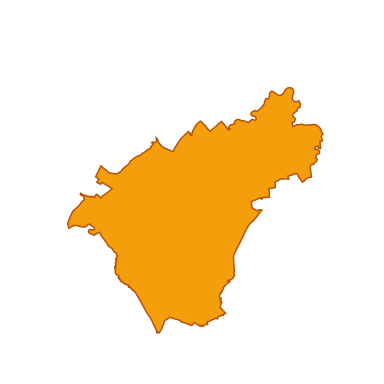 Reghin, Mures, Romania (Albers equal-area conic projection), rotated 210°
{"feature_id": "2599482B84925719631969", "entity_name": "Reghin", "entity_type": "district", "adm_level": 2, "iso_a3": "ROU", "parent_name": "Romania", "parent_adm1": "Mures", "projection": "albers", "projection_center": [24.684, 46.767], "detail": "fine", "context": "isolated", "style": "filled", "palette": "amber", "viewbox_px": 384, "rotation_deg": 210, "n_neighbors": 0, "source": "geoboundaries", "source_scale": "gbopen_adm2", "svg_char_len": 6042}
<svg xmlns="http://www.w3.org/2000/svg" viewBox="0 0 384 384"><g transform="rotate(210 192 192)"><path d="M162.3,325.6L162.2,323.1L162.4,321.9L164.1,319.7L165.5,319.1L167.0,319.0L169.1,319.3L172.2,319.4L173.3,319.1L174.0,318.1L174.1,316.3L172.6,313.0L172.4,312.0L172.5,311.1L173.2,310.3L174.6,310.1L174.5,307.0L173.7,304.9L173.6,303.8L173.6,302.7L173.9,300.9L174.8,297.0L175.7,295.7L176.0,294.4L176.4,294.1L178.6,294.0L180.2,290.7L180.3,290.0L180.0,289.0L178.8,288.1L175.8,288.8L174.3,288.8L172.8,287.0L172.8,286.3L173.0,285.7L173.8,285.4L175.4,285.3L176.2,284.8L177.2,283.1L177.2,281.1L177.9,280.4L179.8,279.9L182.2,279.8L183.8,279.0L184.7,278.1L186.2,278.5L188.2,277.9L189.4,277.0L190.2,275.3L190.2,274.1L190.2,273.7L189.2,272.8L190.8,270.7L192.6,268.8L192.5,265.6L192.3,264.9L190.8,265.7L191.2,264.1L201.8,267.9L206.7,253.5L213.6,255.8L213.8,256.2L214.3,256.4L216.3,256.5L217.2,257.1L220.2,257.6L221.6,253.9L222.1,251.2L221.9,245.9L221.3,243.0L220.5,240.8L221.5,240.4L222.3,240.6L222.7,241.0L222.6,241.9L222.7,242.1L223.1,242.2L223.6,241.8L225.4,242.6L228.2,232.9L228.7,228.5L229.0,221.3L228.4,217.6L237.2,216.3L240.1,216.3L245.2,217.9L248.8,220.7L250.0,220.9L249.3,220.2L248.5,218.9L248.3,216.8L249.0,216.5L249.9,215.7L251.0,215.7L251.3,215.4L251.7,214.7L250.8,214.2L250.1,214.7L249.6,214.0L249.5,213.6L250.4,210.7L249.7,210.1L249.6,209.7L252.0,205.8L252.3,204.4L252.9,203.0L254.3,200.6L254.8,198.1L256.4,196.8L259.2,192.3L259.9,189.9L260.5,188.4L261.0,187.6L260.9,186.7L260.6,186.1L260.8,184.4L261.5,182.9L261.8,182.6L261.8,182.2L263.0,179.0L262.8,178.8L262.8,178.4L263.6,177.2L263.7,174.5L265.6,171.1L266.6,169.9L272.2,167.5L273.5,167.2L283.9,169.1L283.1,157.0L279.2,156.7L279.3,152.8L275.0,153.0L275.0,155.3L266.2,155.1L262.8,154.8L266.4,145.9L267.1,145.1L267.3,144.1L267.8,143.2L267.8,141.9L268.1,141.2L270.8,142.1L273.0,142.5L273.4,142.1L273.6,141.3L274.0,141.1L273.7,138.6L276.7,138.2L276.8,137.7L277.5,137.5L277.4,137.0L284.9,135.1L287.9,135.1L287.8,134.4L286.0,133.7L283.4,134.1L282.4,132.4L281.3,131.9L282.6,128.4L283.1,123.1L285.6,116.1L285.0,108.4L283.9,102.9L283.6,102.4L283.7,102.2L280.5,99.1L279.3,100.5L279.2,102.0L278.7,103.1L278.0,102.9L277.5,103.9L276.2,104.9L269.9,106.8L268.3,107.5L266.5,108.8L266.0,111.3L265.2,112.5L264.3,113.0L263.2,112.5L260.4,112.6L258.0,111.7L257.9,110.9L258.3,110.0L259.3,109.3L261.5,108.7L262.3,107.6L262.2,106.6L261.3,105.3L260.9,105.2L259.0,105.1L256.0,105.8L255.1,105.5L253.7,108.5L251.8,111.0L248.8,108.9L242.2,106.0L239.0,104.4L237.9,103.5L232.4,102.9L230.9,101.9L229.7,101.6L229.1,101.0L228.5,101.3L227.5,101.3L225.4,99.5L224.6,99.5L224.4,99.1L224.7,97.8L224.3,96.6L224.5,96.0L223.5,95.9L224.0,95.4L224.0,95.0L222.8,94.2L222.5,93.5L222.5,93.1L223.0,92.6L222.9,92.1L221.5,91.1L221.4,90.7L221.6,89.9L220.3,89.0L220.3,88.7L221.3,88.5L221.3,88.0L220.7,87.2L219.6,86.5L218.4,84.1L217.6,83.3L216.2,82.6L214.3,82.8L213.5,82.6L213.2,82.4L213.2,81.9L212.6,81.5L213.1,81.4L212.8,80.6L212.4,80.5L211.9,80.8L211.2,80.1L210.4,80.2L209.7,79.3L208.8,79.4L208.4,79.0L207.8,78.9L207.1,79.5L206.8,79.2L206.1,79.3L205.8,78.9L204.7,79.0L204.1,78.5L203.3,79.1L201.1,79.1L200.9,79.5L200.4,79.6L200.1,79.5L200.3,79.1L200.2,78.8L199.7,78.8L199.5,78.4L199.2,78.5L199.0,78.0L198.3,78.6L198.1,78.2L197.1,78.3L196.6,77.9L195.4,77.7L195.2,77.4L194.3,77.8L193.7,77.2L191.5,77.0L185.7,73.9L171.7,65.4L163.4,61.2L153.8,54.4L152.9,53.6L152.1,52.3L151.8,52.3L150.9,54.0L150.0,53.8L149.9,55.7L149.7,56.7L150.3,61.4L151.3,66.8L148.6,72.3L139.1,74.6L138.5,74.7L136.2,74.1L131.9,75.2L126.0,76.1L125.2,76.7L124.9,80.0L117.6,79.8L117.4,81.1L117.1,81.4L116.1,80.8L115.2,81.2L114.9,82.3L114.2,83.9L112.4,85.1L112.5,85.8L113.9,86.4L113.5,87.7L112.2,88.7L111.3,90.7L110.0,92.1L109.0,93.7L107.6,94.7L107.0,94.7L106.4,95.1L106.4,95.8L106.9,96.6L107.1,97.4L105.5,98.6L105.1,100.2L104.8,100.5L103.5,100.5L103.1,100.8L103.4,102.6L102.2,103.7L104.6,104.5L109.8,106.1L110.5,107.8L111.2,111.7L113.3,111.7L113.2,113.6L113.5,114.4L113.8,114.7L114.8,114.1L115.2,114.3L115.8,115.1L116.5,116.7L116.8,117.8L116.2,118.8L116.7,119.4L116.6,120.0L116.3,120.1L116.1,121.0L116.8,121.5L117.0,122.4L116.4,122.9L116.4,124.2L117.2,124.8L116.8,125.9L116.4,128.4L115.5,131.1L114.3,132.8L114.4,133.4L114.8,133.5L117.6,132.9L116.2,133.7L115.1,134.7L113.7,136.9L113.4,138.2L113.5,139.9L113.3,141.1L115.2,142.8L115.5,144.2L116.5,145.6L117.3,147.3L117.7,147.3L121.2,152.7L123.4,156.3L123.9,157.3L124.2,158.7L124.9,164.5L125.2,173.9L126.2,185.7L126.2,191.6L126.0,193.4L124.6,197.6L123.5,203.3L122.7,210.3L122.4,211.2L125.4,210.0L126.0,208.2L132.4,208.5L135.7,213.4L129.8,221.3L129.0,220.4L128.7,220.5L127.6,221.4L128.2,222.3L122.4,226.2L125.0,230.6L127.2,233.2L122.1,237.5L125.1,242.2L122.9,245.2L121.7,248.0L121.1,247.9L116.5,250.8L114.6,251.6L116.9,253.6L113.6,257.1L113.7,257.4L112.8,258.0L111.1,260.3L109.1,259.8L107.9,258.7L101.4,255.7L100.4,257.6L99.9,259.7L99.2,261.5L98.2,262.7L96.1,264.6L102.3,273.2L102.4,273.6L102.4,275.1L101.9,275.7L100.9,276.2L100.6,276.8L100.6,277.3L100.9,277.4L100.9,277.7L99.8,279.5L99.5,281.0L100.0,283.0L100.4,283.3L101.5,283.1L102.0,283.9L102.4,285.3L102.5,287.7L101.2,288.4L101.0,289.1L101.6,290.8L102.3,291.2L105.4,291.5L105.8,291.3L106.6,290.2L106.9,290.2L107.3,290.5L107.8,292.1L107.8,292.8L106.2,294.4L105.4,294.6L105.0,293.6L103.8,293.3L102.8,293.5L102.5,293.8L102.5,294.3L104.0,296.0L105.0,297.9L106.4,299.2L106.4,299.6L105.2,300.5L104.8,300.9L104.8,301.4L105.1,302.3L107.2,304.0L107.7,304.8L107.9,306.2L107.5,307.4L108.1,308.1L109.7,308.5L110.4,309.5L111.7,310.7L113.4,311.5L118.4,312.3L119.9,311.6L127.5,306.3L130.6,305.8L133.4,303.5L134.7,302.9L136.3,300.3L137.3,299.2L139.9,301.9L138.5,303.8L138.5,305.0L139.1,306.9L139.7,307.4L141.0,307.8L142.9,308.0L143.1,308.6L143.2,310.0L143.1,311.6L141.8,314.5L141.8,315.4L142.5,318.1L142.1,318.5L140.9,318.8L141.8,322.2L142.0,322.1L144.9,324.5L146.8,322.3L147.8,321.9L149.0,321.7L150.4,322.0L151.7,322.8L152.5,324.3L153.9,329.3L154.6,330.5L156.3,331.7L158.2,331.7L159.9,331.1L161.3,329.8L161.9,328.3L162.3,325.6Z" fill="#f59e0b" stroke="#b45309" stroke-width="1.5"/></g></svg>